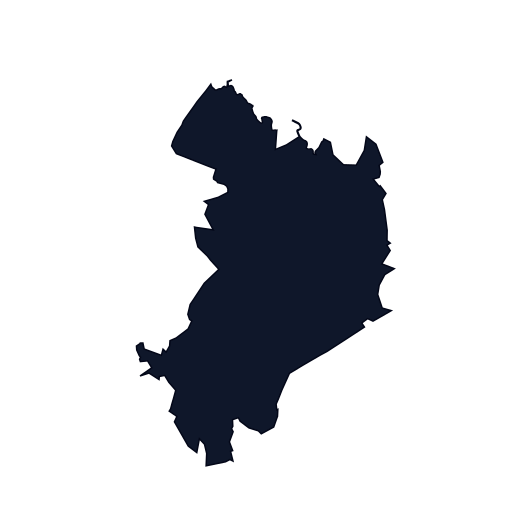 San Pedro de la Cueva, Sonora, Mexico, rotated 244°
{"feature_id": "50627088B42158241745677", "entity_name": "San Pedro de la Cueva", "entity_type": "district", "adm_level": 2, "iso_a3": "MEX", "parent_name": "Mexico", "parent_adm1": "Sonora", "projection": "albers", "projection_center": [-109.481, 29.278], "detail": "fine", "context": "isolated", "style": "filled", "palette": "ink", "viewbox_px": 512, "rotation_deg": 244, "n_neighbors": 0, "source": "geoboundaries", "source_scale": "gbopen_adm2", "svg_char_len": 5632}
<svg xmlns="http://www.w3.org/2000/svg" viewBox="0 0 512 512"><g transform="rotate(244 256 256)"><path d="M89.3,119.2L84.4,138.4L84.5,143.3L81.8,145.4L91.6,147.5L91.3,149.7L100.6,150.6L108.1,158.4L111.5,158.3L113.1,160.5L119.2,163.1L118.4,169.3L114.5,169.3L104.6,174.3L97.8,181.5L93.9,182.8L94.5,196.9L101.9,204.4L102.4,205.0L108.6,208.4L108.6,207.2L114.1,209.2L117.6,213.3L124.3,220.6L135.9,234.6L137.3,250.0L138.8,270.4L139.1,278.0L139.8,283.6L141.8,300.1L142.8,307.9L144.6,322.3L149.4,321.7L150.1,325.2L150.8,328.9L146.2,332.6L146.5,337.5L147.6,353.6L153.9,346.6L168.1,348.5L175.9,354.0L182.8,363.6L184.0,374.7L193.8,365.6L202.1,379.0L208.4,378.4L208.7,382.3L212.4,380.5L216.8,382.7L221.7,385.2L223.8,385.9L240.2,391.4L240.5,391.5L241.4,391.8L251.3,394.2L255.2,400.2L259.6,399.4L264.6,398.4L264.2,397.6L265.4,397.0L273.8,395.0L272.7,401.0L275.1,403.4L277.3,404.7L283.5,406.4L284.6,411.1L303.9,412.8L314.7,407.5L309.7,404.0L303.4,399.6L293.7,385.9L299.6,374.6L313.2,369.5L325.6,372.7L331.5,368.3L330.0,366.8L329.7,365.1L325.8,360.1L324.1,355.3L322.9,354.3L320.9,354.4L322.3,352.3L323.1,352.4L323.6,352.4L324.0,352.7L324.7,353.0L325.4,353.3L326.2,353.4L327.0,353.2L327.6,352.9L327.9,352.8L328.1,352.5L328.3,352.2L328.4,351.8L328.6,351.1L328.8,350.6L328.9,350.2L329.1,349.9L329.5,349.5L329.8,349.2L330.1,348.9L330.4,348.6L330.8,348.5L331.3,348.7L331.6,349.0L332.2,349.6L332.8,350.0L333.2,350.5L334.4,351.2L335.4,351.5L336.2,351.6L336.5,351.5L336.9,351.4L337.5,351.1L337.9,350.9L338.5,350.3L339.3,349.6L340.3,349.1L342.1,348.4L344.2,347.8L345.8,347.8L347.7,347.9L348.7,348.0L349.0,348.0L349.5,348.0L349.9,348.2L350.2,348.5L350.4,349.3L350.5,350.9L350.5,351.4L350.7,351.9L351.0,352.2L351.4,352.5L351.9,352.8L352.9,353.0L354.6,353.1L355.8,352.9L357.0,352.4L357.8,351.8L359.6,350.4L361.0,349.3L361.9,348.6L361.5,348.1L360.5,348.9L359.1,349.8L357.9,350.8L356.7,351.7L355.7,352.3L354.5,352.6L353.0,352.5L351.9,352.1L351.4,351.8L351.0,351.4L350.9,351.1L350.9,350.6L350.9,350.2L351.0,349.8L351.0,349.3L351.1,349.0L351.1,348.5L351.0,348.2L350.7,347.9L350.3,347.6L349.7,347.5L348.1,347.3L346.0,347.2L344.3,347.3L342.5,332.1L342.6,330.3L343.2,320.1L358.9,329.2L359.9,329.9L360.1,329.2L360.5,329.0L360.7,328.6L360.8,328.3L361.0,327.9L361.2,327.2L361.5,326.4L361.7,326.0L362.0,325.7L362.3,325.6L362.8,325.7L364.3,326.1L365.2,326.4L366.2,326.8L367.1,327.2L367.5,327.5L367.8,327.7L368.2,328.1L368.6,328.4L369.0,328.8L369.5,329.2L369.9,329.4L370.8,329.6L372.0,329.6L373.1,329.3L373.9,329.1L374.8,328.2L375.5,327.4L375.9,326.9L376.4,326.6L376.7,326.1L377.0,325.5L377.5,324.5L377.6,323.7L377.7,323.2L378.0,322.4L377.8,321.9L377.1,321.3L376.2,321.3L375.5,321.1L374.8,320.8L373.5,320.6L373.1,320.1L373.0,319.6L373.0,319.2L373.1,318.8L373.4,318.5L374.2,318.1L375.0,317.8L375.5,317.6L376.0,317.4L376.7,317.1L377.8,316.8L378.9,316.5L380.1,316.8L381.0,317.0L381.9,316.9L383.2,316.5L384.7,316.1L386.8,316.3L387.1,316.3L387.9,316.5L388.4,316.5L389.1,316.7L390.3,316.9L390.8,317.1L391.2,317.6L391.4,318.0L391.8,318.5L392.1,319.0L392.4,319.0L392.8,319.0L393.0,318.5L393.2,318.3L393.9,318.1L394.4,317.9L395.0,317.5L395.6,317.0L396.2,316.4L396.6,315.9L397.1,315.5L397.9,315.4L399.3,315.4L400.5,315.3L401.4,315.0L402.9,314.4L404.2,314.0L405.1,313.8L405.6,313.8L406.2,313.9L406.6,314.0L407.0,314.0L407.3,313.9L407.5,313.8L407.6,313.7L408.1,313.2L408.4,313.0L408.7,313.0L408.8,312.8L409.0,312.3L408.9,311.3L409.0,310.4L409.3,309.7L409.7,309.4L410.1,309.3L410.7,309.2L411.2,309.2L411.8,309.4L412.6,309.3L413.1,309.2L413.5,308.9L414.0,308.9L414.4,308.9L415.2,309.2L416.0,309.3L417.4,309.4L418.2,309.4L418.6,309.2L419.0,309.1L419.3,309.0L419.7,308.7L419.9,308.5L420.1,308.3L420.2,308.1L420.3,307.8L420.4,307.0L420.8,304.4L421.5,305.7L421.9,306.1L422.0,306.1L422.4,306.2L422.8,306.1L423.2,306.5L423.4,306.6L423.6,306.7L423.9,306.6L424.3,306.6L424.8,306.9L425.0,307.0L424.9,307.6L424.6,308.0L424.7,308.4L424.7,308.9L424.8,309.4L424.8,309.6L424.7,309.8L424.9,311.6L425.0,310.4L425.2,309.4L425.2,308.4L425.2,307.5L425.5,306.9L425.1,306.6L424.7,306.4L424.0,306.0L423.1,305.8L422.3,305.1L422.0,304.9L421.9,304.8L421.8,304.7L421.3,304.4L421.1,304.3L420.8,304.2L420.9,303.8L420.6,303.3L420.9,303.0L421.3,302.7L421.7,302.5L422.1,302.3L422.3,302.0L422.4,301.8L422.4,301.5L422.4,301.3L422.5,301.0L422.4,300.5L422.0,299.6L421.7,298.5L421.6,298.0L421.6,297.6L422.0,297.2L422.1,296.8L422.3,296.4L422.4,295.9L422.5,295.6L422.5,295.2L422.5,294.7L422.5,294.3L422.5,294.0L422.5,293.7L422.5,293.4L422.6,292.8L423.3,292.0L424.4,291.6L425.2,291.4L425.9,291.0L427.0,290.5L428.7,290.5L430.2,290.7L426.3,283.2L425.8,282.1L420.5,270.7L417.6,265.5L411.1,253.5L409.0,249.8L406.1,246.8L401.8,239.4L395.4,231.5L391.9,228.4L382.9,229.3L357.3,252.8L351.6,258.2L351.4,257.9L345.9,252.7L345.5,252.3L343.7,251.6L342.0,252.6L340.5,253.6L338.8,253.7L334.4,258.8L331.6,260.3L328.6,260.2L325.5,258.6L325.4,252.4L325.3,247.9L327.8,233.5L323.0,235.9L315.9,228.4L304.6,228.8L298.2,229.1L307.8,214.9L309.0,213.4L298.5,209.6L289.6,207.8L277.3,212.3L272.3,213.3L260.3,216.8L254.2,197.6L243.4,179.3L243.3,179.1L241.3,175.6L233.5,169.2L228.0,168.5L225.8,169.9L220.2,163.0L217.3,148.3L217.6,141.6L213.0,138.9L209.0,133.1L213.0,131.6L208.2,127.4L221.4,114.7L227.4,116.2L228.5,113.8L228.1,113.4L227.5,109.1L223.8,107.6L217.6,107.4L215.7,107.9L214.2,106.1L211.8,105.8L209.3,112.6L201.2,113.3L199.0,99.2L197.7,108.5L187.5,114.7L190.1,116.3L188.7,121.6L180.7,122.3L171.7,124.7L170.5,125.0L163.2,118.6L162.9,118.3L158.8,114.6L158.5,114.4L156.0,112.2L154.6,110.0L146.5,114.6L142.7,110.0L114.8,111.8L105.3,116.6L116.6,125.0L109.4,127.2L100.1,125.1L89.3,119.2Z" fill="#0f172a" stroke="#020617" stroke-width="1.5"/></g></svg>